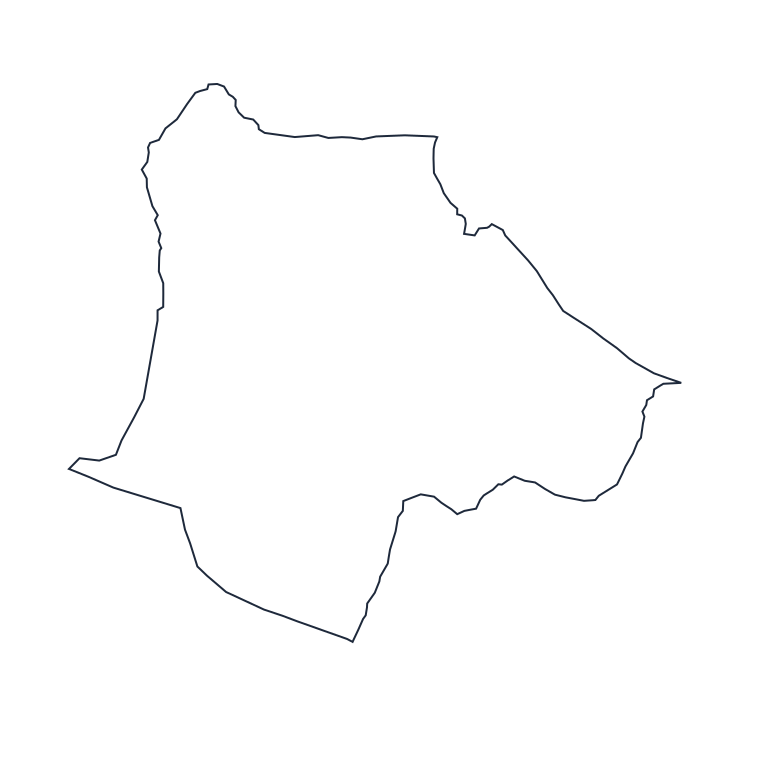 Wamba, Nassarawa, Nigeria, rotated 102°
{"feature_id": "59680162B37281482686762", "entity_name": "Wamba", "entity_type": "district", "adm_level": 2, "iso_a3": "NGA", "parent_name": "Nigeria", "parent_adm1": "Nassarawa", "projection": "robinson", "projection_center": [8.68, 9.001], "detail": "fine", "context": "isolated", "style": "outline", "palette": "slate", "viewbox_px": 768, "rotation_deg": 102, "n_neighbors": 0, "source": "geoboundaries", "source_scale": "gbopen_adm2", "svg_char_len": 2313}
<svg xmlns="http://www.w3.org/2000/svg" viewBox="0 0 768 768"><g transform="rotate(102 384 384)"><path d="M131.5,383.2L131.5,386.6L136.4,415.3L143.5,443.2L149.1,456.0L149.9,467.9L151.3,476.5L154.9,489.6L154.3,500.1L161.0,522.6L163.2,552.9L160.8,559.4L156.9,560.7L152.5,566.9L152.6,576.2L148.5,582.7L143.1,587.1L137.0,588.1L134.5,591.6L133.0,596.0L126.3,602.3L125.2,609.5L127.5,617.9L132.3,618.2L135.7,624.9L138.4,629.1L151.1,634.8L168.1,641.6L179.4,650.9L192.0,654.9L196.8,662.9L201.7,664.0L206.4,662.2L216.0,661.7L224.6,665.5L232.4,658.8L240.9,656.8L245.9,654.1L258.2,647.5L265.9,640.4L271.4,642.1L283.3,633.9L291.6,634.1L297.4,630.1L300.0,631.1L307.0,630.2L320.8,627.6L331.3,620.9L341.3,618.7L354.5,616.0L359.0,620.8L369.0,618.7L448.5,616.0L468.6,621.5L493.8,629.0L509.0,631.5L518.1,646.6L519.9,666.4L532.6,674.5L536.2,653.7L541.6,627.2L547.7,557.3L567.8,548.4L580.2,540.5L601.3,528.6L608.3,517.3L620.3,495.2L629.6,454.5L631.8,435.1L634.2,419.3L641.1,367.0L642.8,361.1L640.5,360.6L630.8,358.3L629.5,358.0L618.1,355.6L614.1,353.8L606.0,354.2L602.2,354.8L590.1,349.6L578.1,347.5L573.3,347.7L558.9,343.0L551.7,343.4L544.6,343.7L527.1,342.1L525.5,342.0L511.3,342.6L504.2,339.2L494.5,340.8L489.4,333.0L484.3,325.1L484.1,319.7L483.8,311.6L488.2,303.2L490.4,297.7L492.5,292.1L496.1,285.3L491.4,279.0L488.9,273.1L486.8,268.0L477.2,265.8L472.3,263.3L469.8,260.8L464.8,255.6L458.3,251.3L457.9,247.8L452.4,242.7L451.9,242.1L447.4,237.5L449.4,226.2L449.0,218.4L448.9,215.7L453.2,204.7L456.7,193.8L457.1,182.8L456.9,174.7L456.7,164.1L454.2,155.3L453.5,153.1L448.7,150.7L441.2,142.9L433.8,135.2L430.3,134.3L421.9,132.2L414.5,130.7L400.1,126.0L388.1,123.9L383.2,121.5L368.7,122.5L361.8,122.5L357.2,125.5L350.0,123.1L345.2,123.4L340.2,118.2L333.1,118.6L328.1,113.4L325.7,110.8L321.1,93.5L319.3,108.4L317.4,122.2L311.2,142.1L308.0,149.8L300.5,163.6L293.8,179.1L287.1,192.8L279.7,212.4L275.3,223.9L269.9,229.5L262.0,237.3L256.2,244.2L241.8,258.0L233.2,268.7L223.7,282.0L216.9,291.5L213.5,296.3L208.7,299.8L205.2,311.8L208.3,313.9L209.8,315.7L212.1,323.4L219.8,326.2L220.5,336.9L214.6,337.1L210.4,337.3L205.2,339.3L203.0,342.8L202.8,347.7L197.3,348.8L193.0,356.6L184.9,365.2L176.9,370.4L171.9,374.9L167.2,379.0L153.0,382.5L147.8,383.5L143.5,384.3L137.2,384.3L131.5,383.2Z" fill="none" stroke="#1e293b" stroke-width="2"/></g></svg>